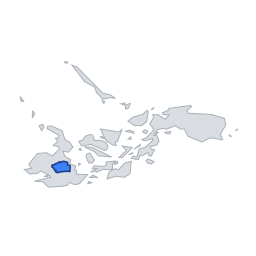 where Bukidnon sits in Philippines, rotated 93°
{"feature_id": "PHL-2589", "entity_name": "Bukidnon", "entity_type": "Province", "adm_level": 1, "iso_a3": "PHL", "parent_name": "Philippines", "parent_adm1": "", "projection": "natural_earth1", "projection_center": [125.004, 7.993], "detail": "fine", "context": "in_parent", "style": "filled", "palette": "blue", "viewbox_px": 256, "rotation_deg": 93, "n_neighbors": 0, "source": "natural_earth", "source_scale": "10m", "svg_char_len": 5153}
<svg xmlns="http://www.w3.org/2000/svg" viewBox="0 0 256 256"><g transform="rotate(93 128 128)"><path d="M119.8,30.5L129.4,35.4L134.9,32.9L133.4,45.1L138.1,53.3L133.1,67.7L126.0,71.6L126.2,75.6L123.3,80.9L127.3,89.9L126.4,92.3L128.2,98.6L134.0,102.2L133.8,98.9L139.4,96.3L143.4,98.3L145.6,105.0L148.1,103.6L148.4,100.2L154.9,103.6L154.8,105.4L151.4,106.6L154.9,112.3L154.5,114.7L159.2,115.9L158.1,123.0L155.7,121.2L156.6,117.7L148.3,115.8L146.4,109.7L139.0,102.6L137.3,102.9L139.9,110.4L139.0,113.5L136.1,108.5L128.3,102.1L122.6,106.5L116.0,102.9L113.4,104.1L113.1,98.3L117.4,91.3L112.8,87.7L112.8,93.8L110.8,94.2L108.4,89.0L106.2,88.1L102.3,66.7L103.1,65.6L107.3,69.8L110.1,68.9L110.1,45.5L113.3,32.2L119.8,30.5ZM176.6,166.0L186.0,173.3L187.5,178.2L185.3,183.7L188.3,185.4L189.5,189.7L191.2,204.3L186.1,210.3L186.0,218.6L181.2,202.9L179.4,204.0L175.4,212.8L178.1,216.2L179.2,223.6L174.9,229.4L173.4,222.2L169.4,225.2L158.2,217.1L157.0,208.1L159.9,202.0L152.8,195.6L150.6,195.7L149.2,201.8L145.4,197.3L142.0,200.0L141.3,197.0L139.0,196.4L132.8,208.8L130.4,208.5L129.9,205.0L134.1,193.6L142.9,190.4L144.8,186.2L149.8,182.0L155.3,186.2L154.6,192.0L159.8,189.3L162.6,183.6L166.8,184.2L168.7,177.9L172.2,179.5L173.1,177.1L176.9,177.3L176.6,166.0ZM148.3,173.3L144.0,176.6L142.4,172.6L138.4,170.1L136.3,165.0L137.2,162.8L142.2,160.9L141.7,154.6L143.9,148.7L147.5,147.1L150.9,148.2L151.6,150.3L146.3,164.3L148.3,173.3ZM173.5,123.6L177.4,128.8L176.8,137.9L180.0,146.2L173.4,144.8L170.8,141.8L169.3,138.5L170.3,135.3L163.1,129.4L161.1,123.0L173.5,123.6ZM130.0,133.9L142.1,137.9L142.8,140.2L146.2,138.8L145.7,142.6L141.1,149.7L130.4,155.5L132.4,137.2L130.0,133.9ZM84.2,173.6L68.1,187.2L69.9,181.9L94.6,155.0L95.7,147.4L99.0,142.2L98.6,147.7L100.7,154.6L94.2,161.3L88.8,163.5L84.2,173.6ZM110.3,108.5L120.7,109.8L124.9,114.4L125.1,122.0L121.1,128.4L117.0,123.9L113.5,113.8L109.4,110.1L110.3,108.5ZM164.8,141.7L169.5,141.3L170.7,143.7L170.5,150.3L173.9,157.6L172.2,159.4L170.2,156.6L170.7,161.7L167.5,159.7L167.6,150.3L166.0,147.6L163.1,148.1L161.6,138.8L164.8,141.7ZM149.0,170.7L149.2,162.8L157.8,142.8L157.3,156.1L153.3,160.3L149.0,170.7ZM165.0,165.5L158.9,168.4L156.4,168.0L154.9,165.0L161.7,159.8L164.8,161.8L165.0,165.5ZM147.3,122.8L157.8,132.2L157.9,135.5L150.4,128.4L146.3,132.8L147.3,122.8ZM161.9,106.8L159.6,108.3L157.8,106.3L160.3,100.0L162.8,103.1L161.9,106.8ZM135.2,214.1L130.4,216.9L128.7,213.2L131.7,212.0L135.2,214.1ZM103.4,127.1L107.9,128.3L109.0,131.5L105.0,131.6L103.4,127.1ZM130.1,108.2L132.7,109.3L131.2,113.3L128.9,111.4L130.1,108.2ZM118.2,221.8L123.1,224.2L116.1,224.0L118.2,221.8ZM179.4,163.6L176.9,160.4L179.1,155.5L178.9,158.5L179.4,163.6ZM133.0,121.7L131.3,130.1L130.1,126.6L131.1,122.6L133.0,121.7ZM106.7,233.5L107.1,236.0L102.2,237.5L106.7,233.5ZM131.7,85.8L131.5,89.5L130.4,91.1L129.2,85.3L131.7,85.8ZM140.2,150.9L138.1,155.8L138.1,153.0L140.2,150.9ZM105.4,133.0L104.2,136.4L103.1,132.4L105.4,133.0ZM165.2,139.5L163.6,139.6L162.0,136.8L164.0,136.5L165.2,139.5ZM139.0,124.2L139.0,127.3L136.7,124.8L139.0,124.2ZM185.8,165.3L183.4,164.7L184.5,161.3L185.8,165.3ZM144.8,114.7L149.0,121.0L143.7,114.8L144.8,114.7ZM104.9,153.5L102.1,155.3L102.9,152.5L104.9,153.5ZM152.7,173.3L152.2,175.9L150.6,174.6L152.7,173.3ZM153.5,122.4L154.4,126.1L152.3,121.4L153.5,122.4ZM66.3,194.6L64.8,194.4L65.2,192.0L66.3,191.7L66.3,194.6ZM167.8,175.3L166.0,175.5L165.8,174.1L166.9,173.8L167.8,175.3ZM180.7,208.6L179.4,206.9L179.8,205.2L180.7,206.0L180.7,208.6ZM107.8,103.9L108.6,106.0L106.4,103.5L107.8,103.9ZM173.4,160.5L174.1,163.3L172.1,159.9L173.4,160.5ZM131.3,25.3L129.2,27.0L130.8,24.5L131.3,25.3ZM133.5,100.4L130.6,98.8L130.7,97.6L133.5,100.4ZM123.6,18.5L125.4,20.5L123.4,19.2L123.6,18.5Z" fill="#d9dde1" stroke="#a8b0b8" stroke-width="1"/><path d="M173.4,183.7L174.6,183.8L174.4,186.0L174.5,186.8L174.5,187.3L174.5,187.8L174.7,188.4L174.7,188.7L174.7,189.0L174.6,189.5L174.7,189.9L175.0,190.5L175.1,190.9L175.2,192.4L175.3,192.8L175.8,194.1L175.9,194.5L175.9,195.0L176.0,195.3L176.2,195.7L176.2,196.0L176.2,196.8L176.1,197.2L175.9,197.6L175.6,197.9L175.1,197.7L174.9,197.7L174.7,197.7L174.4,197.7L174.4,198.0L174.3,198.3L174.2,198.6L174.2,198.9L174.1,199.1L173.9,199.2L173.5,199.1L173.4,199.1L173.3,199.3L173.1,199.4L172.4,200.2L172.2,200.4L172.0,200.5L171.5,200.7L171.4,200.8L171.3,201.0L171.2,201.4L171.2,201.6L170.9,201.7L170.5,201.8L170.4,201.9L170.4,202.0L170.1,202.1L169.9,201.9L169.7,201.6L169.4,201.5L169.2,201.7L169.0,201.8L168.9,201.7L168.8,201.4L168.7,201.2L168.7,200.6L168.6,200.2L168.5,199.9L168.3,199.7L168.2,199.6L168.0,199.3L167.9,199.2L167.9,198.9L167.9,198.7L167.7,198.5L167.6,198.4L167.3,198.2L167.2,197.8L167.0,197.6L166.9,197.0L166.5,196.2L165.9,195.4L165.6,195.2L165.5,194.8L165.4,194.7L165.2,194.1L165.3,193.9L165.6,193.8L165.8,193.8L166.0,193.7L166.1,193.4L166.0,193.2L165.8,193.0L165.5,192.7L165.3,192.2L164.7,191.4L164.6,191.0L164.6,190.7L164.7,190.2L164.8,189.9L164.7,189.6L164.7,189.4L164.8,189.2L165.0,188.5L165.4,186.5L167.6,186.6L168.0,186.5L168.1,186.2L168.1,184.9L168.2,184.6L168.4,184.3L168.6,184.1L168.8,183.9L169.1,183.7L169.4,183.7L173.4,183.7L173.4,183.7Z" fill="#3b82f6" stroke="#1e3a8a" stroke-width="1.5"/></g></svg>